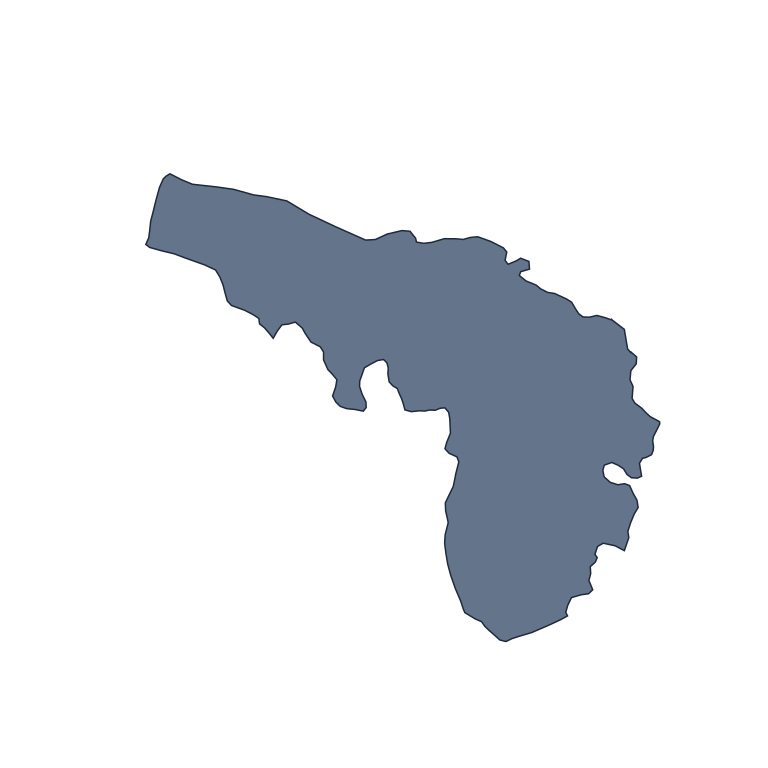 the district of Berg, Jämtland, Sweden, rotated 27°
{"feature_id": "70781695B75500523526502", "entity_name": "Berg", "entity_type": "district", "adm_level": 2, "iso_a3": "SWE", "parent_name": "Sweden", "parent_adm1": "Jämtland", "projection": "mercator", "projection_center": [13.824, 62.694], "detail": "fine", "context": "isolated", "style": "filled", "palette": "slate", "viewbox_px": 768, "rotation_deg": 27, "n_neighbors": 0, "source": "geoboundaries", "source_scale": "gbopen_adm2", "svg_char_len": 2960}
<svg xmlns="http://www.w3.org/2000/svg" viewBox="0 0 768 768"><g transform="rotate(27 384 384)"><path d="M97.8,293.9L95.5,297.7L94.2,301.3L94.7,310.7L97.2,322.9L100.2,335.8L102.2,344.9L105.5,353.5L108.0,360.4L108.4,367.8L113.2,368.7L124.8,366.4L137.7,363.3L149.3,362.0L170.2,359.3L182.2,358.9L189.3,363.3L195.5,368.7L201.3,375.3L206.6,381.1L212.4,383.3L226.2,381.6L236.0,381.6L242.7,382.4L245.8,386.9L252.0,388.2L258.7,390.9L264.5,393.6L264.9,385.1L266.2,377.6L271.6,374.0L276.9,369.1L285.8,371.3L291.1,374.9L300.0,379.8L310.3,379.8L315.6,382.9L319.2,390.0L327.6,396.7L333.0,398.5L340.1,401.6L342.3,408.7L343.6,418.0L349.4,422.0L355.2,423.8L361.9,422.9L369.9,419.8L377.9,417.6L378.8,413.1L376.1,408.2L369.0,402.9L363.2,397.1L361.0,392.2L359.2,378.4L363.2,372.2L367.6,366.0L372.5,362.4L377.0,363.8L380.5,367.8L382.8,373.1L385.4,376.7L387.7,379.8L392.6,381.6L397.9,382.0L401.9,385.6L406.3,389.1L410.4,393.1L414.4,397.6L421.0,396.2L427.7,391.8L432.6,389.6L436.6,386.4L441.5,384.2L445.0,380.2L449.0,377.6L454.4,379.8L458.4,385.1L462.4,392.2L465.5,397.6L466.4,407.8L467.7,414.0L473.5,416.2L482.0,415.8L486.0,419.4L488.6,430.9L490.4,437.2L492.2,443.8L492.6,462.1L496.6,469.2L501.5,475.0L504.2,478.5L506.9,490.5L510.4,498.5L516.2,507.0L522.4,515.4L530.4,524.3L540.7,534.1L550.9,542.6L556.7,548.4L559.8,551.0L571.8,551.9L578.9,551.5L583.8,554.1L589.6,555.9L595.4,557.3L603.4,559.5L609.6,558.1L613.6,552.8L619.4,547.0L628.3,538.6L641.2,523.0L648.8,513.2L652.8,507.3L649.6,504.9L648.2,497.8L648.0,489.2L655.6,482.1L661.5,478.0L663.4,472.6L659.6,469.3L655.8,466.1L654.2,459.0L650.7,453.1L653.1,446.8L652.8,441.9L649.3,440.0L648.0,431.9L651.5,426.4L663.4,423.2L673.8,423.4L671.9,409.8L668.2,404.6L666.7,395.5L666.0,386.3L666.5,378.7L662.2,372.7L655.6,368.3L649.0,363.0L643.6,363.6L638.1,367.6L630.1,368.9L622.3,366.8L618.2,361.6L617.1,356.3L622.6,350.5L629.5,350.1L635.9,350.8L641.6,354.3L647.0,355.2L652.5,352.8L655.4,349.2L652.1,344.8L647.6,338.6L648.1,332.8L650.9,330.4L654.5,325.5L654.0,320.8L652.5,317.3L649.2,312.7L647.9,308.4L647.9,299.8L647.8,294.3L646.8,292.7L646.7,292.5L635.8,292.2L630.9,290.8L624.4,288.5L616.1,287.1L611.6,284.2L607.0,273.1L601.3,268.6L597.9,260.0L599.6,251.5L596.8,245.2L588.8,243.2L588.7,243.1L589.0,243.7L585.1,242.1L574.5,227.8L573.3,226.2L558.1,223.4L557.6,223.1L557.6,223.6L550.9,224.5L542.5,226.3L536.7,231.2L530.9,233.9L525.6,233.0L520.2,229.9L514.0,225.9L508.2,225.4L494.9,225.9L488.2,228.1L480.2,228.1L474.8,226.8L463.7,227.7L455.3,225.9L454.8,221.9L461.5,215.6L457.5,209.0L448.6,209.9L445.9,214.3L440.2,221.0L435.7,218.8L433.5,210.7L428.6,208.5L414.4,208.5L401.8,210.1L400.6,210.3L394.3,214.3L389.0,219.2L381.4,222.3L371.7,227.2L362.3,236.1L355.6,240.6L348.5,242.8L345.9,239.7L337.8,236.1L330.3,239.2L318.7,249.0L310.7,259.2L302.3,264.1L268.5,265.9L240.0,266.8L214.2,265.0L194.2,270.4L181.7,274.8L161.7,278.8L144.8,284.6L131.9,289.5L122.6,293.0L111.0,293.9L97.8,293.9Z" fill="#64748b" stroke="#1e293b" stroke-width="1.5"/></g></svg>